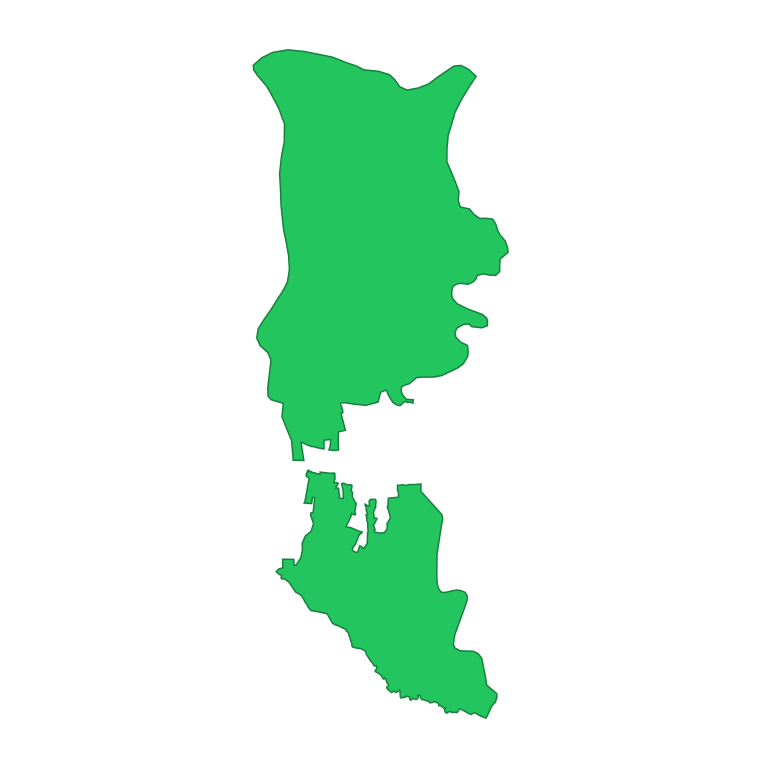 outline of Alamudun, Chuy, Kyrgyzstan, rotated 179°
{"feature_id": "92254566B67186126103124", "entity_name": "Alamudun", "entity_type": "district", "adm_level": 2, "iso_a3": "KGZ", "parent_name": "Kyrgyzstan", "parent_adm1": "Chuy", "projection": "equal_earth", "projection_center": [74.606, 42.781], "detail": "fine", "context": "isolated", "style": "filled", "palette": "green", "viewbox_px": 768, "rotation_deg": 179, "n_neighbors": 0, "source": "geoboundaries", "source_scale": "gbopen_adm2", "svg_char_len": 6088}
<svg xmlns="http://www.w3.org/2000/svg" viewBox="0 0 768 768"><g transform="rotate(179 384 384)"><path d="M476.1,309.4L465.5,308.9L467.9,327.3L462.4,324.7L457.2,322.6L455.8,322.7L452.0,321.5L445.2,320.1L444.9,328.8L438.4,329.5L438.7,324.1L439.2,321.9L440.2,319.1L435.1,318.4L430.6,318.8L430.8,329.4L430.4,336.9L423.4,338.4L427.1,353.7L427.4,355.6L425.7,356.0L425.9,358.9L426.8,362.2L428.1,364.9L427.4,365.9L422.7,365.9L414.1,364.3L407.1,363.6L402.9,362.9L390.3,366.0L387.5,375.9L381.9,377.9L379.7,372.6L376.2,366.6L375.5,365.6L372.9,363.6L369.7,362.2L367.7,362.4L364.9,365.2L362.7,366.1L361.9,366.1L360.9,365.1L357.9,365.4L355.5,364.3L355.0,367.7L361.9,368.3L366.0,373.3L367.0,377.4L366.6,380.5L364.0,382.3L358.6,383.9L351.4,389.8L346.2,390.2L334.0,390.1L325.9,391.5L310.0,398.8L304.5,402.7L299.9,409.9L299.3,414.6L299.8,421.0L307.1,424.8L311.5,429.9L312.1,434.7L309.8,438.8L303.5,442.1L298.2,442.6L295.2,439.8L285.3,438.5L279.7,440.4L279.4,445.3L280.4,448.4L284.5,451.8L299.3,457.7L309.6,463.0L314.0,468.4L314.8,472.2L314.6,475.4L313.9,479.4L312.2,481.1L309.8,482.6L306.1,483.3L301.8,482.9L298.3,482.2L293.2,484.4L290.1,487.6L289.0,490.8L283.1,492.4L276.9,491.1L270.6,490.6L266.4,494.3L266.3,500.1L265.7,506.9L257.6,513.6L258.2,518.6L260.4,525.0L265.2,530.8L267.7,535.6L269.2,541.4L272.5,547.0L279.2,547.9L285.6,547.9L291.1,552.0L295.4,557.5L304.5,559.6L306.6,566.0L305.7,575.1L309.7,586.3L317.3,605.3L316.9,618.8L315.4,632.0L311.8,642.6L308.4,654.1L302.3,665.8L295.6,676.7L286.5,690.0L294.1,697.3L301.6,701.2L308.7,700.6L324.9,690.0L333.8,683.4L344.3,679.4L355.8,677.5L363.1,680.9L367.8,687.9L373.0,693.1L383.8,696.7L398.7,698.5L406.2,702.5L416.8,706.2L429.5,711.6L458.0,717.9L474.2,719.8L489.5,717.5L500.5,712.3L509.1,705.0L508.9,700.4L505.0,694.6L496.1,683.7L492.5,677.4L483.9,660.4L481.4,652.5L478.9,645.9L479.5,627.8L482.5,613.5L484.7,596.1L484.0,577.8L483.8,564.1L481.6,539.1L479.7,530.0L477.1,513.8L476.6,499.8L478.8,487.4L484.1,477.8L489.1,470.8L495.3,460.9L503.1,450.2L508.9,441.1L510.4,432.2L507.1,424.4L499.4,417.3L496.6,409.7L500.2,382.7L500.2,373.9L497.2,370.3L485.0,366.4L486.6,353.0L477.4,329.0L476.1,309.4ZM495.1,198.3L492.3,195.6L489.7,194.5L489.7,193.8L490.4,192.2L489.8,191.0L486.8,190.8L485.5,190.0L484.6,189.1L482.7,187.8L476.2,177.8L475.5,177.2L472.7,175.7L470.4,174.0L468.0,170.1L466.8,167.4L465.0,164.9L463.8,162.3L461.9,159.7L460.4,158.6L454.6,157.6L445.2,155.3L444.5,154.6L439.7,145.7L437.9,144.5L437.6,144.7L435.9,143.5L435.3,143.7L426.5,139.3L426.2,138.9L425.9,137.3L424.6,136.6L423.7,135.7L423.6,133.9L422.3,130.6L422.1,128.6L421.6,127.9L420.6,124.3L420.6,122.5L420.4,122.1L419.4,121.2L417.8,121.1L416.7,120.5L412.2,120.0L408.1,117.9L407.3,117.1L406.3,114.0L402.1,107.1L400.6,105.6L399.7,104.1L399.3,102.8L397.9,102.1L396.6,102.6L396.1,102.1L396.1,100.6L396.6,99.2L397.8,97.5L397.8,96.7L394.3,94.6L392.3,93.0L389.8,89.1L389.4,89.0L388.4,90.1L387.6,88.9L386.9,87.6L386.5,85.7L384.6,83.2L384.9,82.4L386.5,81.0L386.4,79.6L386.0,79.1L381.9,75.4L379.6,76.6L377.2,75.4L376.2,75.8L374.2,77.7L373.8,77.7L373.5,77.3L373.1,70.9L372.5,69.8L368.1,70.5L367.1,71.5L366.1,71.5L364.1,70.5L363.4,67.7L362.8,67.4L361.9,67.9L360.9,69.1L360.6,69.1L357.8,68.0L356.3,68.6L355.1,69.8L355.1,71.0L355.6,72.0L354.7,72.3L353.7,72.0L353.1,71.1L352.5,68.8L352.0,68.1L351.1,67.5L349.7,67.8L347.1,66.5L345.5,66.3L343.8,64.5L341.9,64.6L340.5,65.0L339.5,65.8L336.5,64.5L335.3,63.6L334.8,61.4L333.3,61.9L332.7,61.0L331.7,60.5L330.1,58.9L328.3,58.7L329.2,57.1L328.9,55.7L328.3,54.7L327.4,54.0L326.6,53.9L325.7,54.9L323.5,55.3L322.9,55.2L321.8,54.3L319.9,54.5L316.6,54.3L314.0,57.7L313.4,57.9L304.5,52.8L302.7,52.1L299.1,53.9L293.2,50.3L287.7,48.2L281.6,60.6L278.4,63.7L276.6,68.5L276.7,72.5L286.6,81.2L287.5,88.6L291.1,108.1L294.7,112.9L299.5,115.2L312.4,115.9L317.5,118.6L319.2,122.4L317.5,132.5L307.3,158.9L304.6,166.7L304.6,171.0L306.7,174.4L310.9,176.1L314.7,176.7L319.3,176.1L325.8,174.6L329.9,174.6L332.5,177.4L334.2,182.3L334.6,189.4L334.0,212.8L329.1,241.2L327.6,247.9L328.5,252.5L349.0,276.0L348.8,283.3L356.7,282.9L361.4,283.0L363.3,282.2L367.7,282.9L370.6,282.4L372.3,282.6L372.2,281.0L372.5,278.6L371.8,276.0L371.3,275.4L371.7,273.3L371.2,271.7L371.7,270.6L381.7,269.7L382.3,260.8L382.9,260.6L381.6,257.3L379.9,250.1L383.5,244.2L383.2,240.7L383.8,238.6L386.0,235.6L389.3,235.0L395.6,235.8L396.5,238.2L395.4,238.5L397.1,243.4L396.7,243.3L395.6,245.4L395.1,245.9L393.4,249.7L396.2,250.3L396.7,256.1L394.4,261.4L394.5,264.3L394.1,265.3L394.0,267.2L394.6,268.8L399.5,268.9L400.9,267.3L400.7,262.4L402.4,262.6L405.0,264.1L404.9,262.6L404.4,262.5L404.4,261.9L404.0,261.8L404.0,258.1L403.6,257.9L403.6,256.8L402.7,253.9L404.2,253.4L404.0,252.4L403.2,251.6L403.9,250.4L403.5,248.6L403.6,247.8L402.7,245.5L402.8,242.5L402.5,237.5L402.6,236.2L403.0,235.9L403.5,225.1L407.0,219.8L409.6,222.1L411.1,222.5L413.2,216.2L415.6,216.4L418.5,218.1L418.2,220.6L415.4,224.2L412.4,231.4L412.0,232.7L410.2,234.9L408.9,235.2L408.5,236.5L411.1,237.1L419.8,241.0L424.4,241.8L423.9,243.6L422.0,246.7L419.5,251.9L418.6,255.1L416.5,253.8L414.7,253.9L415.4,257.3L414.5,261.0L414.3,263.7L413.8,264.4L413.8,265.0L415.4,267.0L416.5,269.7L417.5,270.9L417.7,274.0L417.2,275.0L417.4,276.0L418.2,277.1L418.7,279.1L418.0,280.7L418.1,281.7L417.8,282.0L418.0,283.5L419.5,283.9L422.2,283.7L426.2,285.6L428.2,285.0L427.0,279.7L426.7,277.5L426.8,270.3L428.0,270.2L431.0,271.0L430.5,272.1L430.4,274.4L431.0,275.7L431.0,278.5L431.3,280.6L433.9,280.7L433.3,282.7L432.3,283.7L431.6,285.5L432.8,286.1L435.6,286.3L435.2,289.0L434.8,289.1L434.6,293.1L434.8,294.6L435.1,294.6L435.0,295.8L439.2,295.7L449.4,297.0L449.6,294.8L458.4,297.3L458.7,297.4L458.6,297.7L459.8,298.0L459.9,297.7L460.3,297.8L460.2,298.1L460.6,298.2L460.5,299.0L460.8,299.1L461.0,298.5L461.9,298.7L462.7,295.7L463.1,295.9L463.5,293.3L460.5,291.1L465.1,268.0L465.9,266.4L458.4,265.7L457.5,271.8L455.3,271.6L457.1,256.8L459.3,256.4L459.7,254.3L456.9,245.7L459.5,237.9L465.3,233.4L468.5,226.4L468.5,219.4L470.2,211.7L474.9,204.7L477.1,204.3L477.2,210.2L488.4,210.6L488.3,202.0L492.6,200.8L495.1,198.3Z" fill="#22c55e" stroke="#15803d" stroke-width="1.5"/></g></svg>